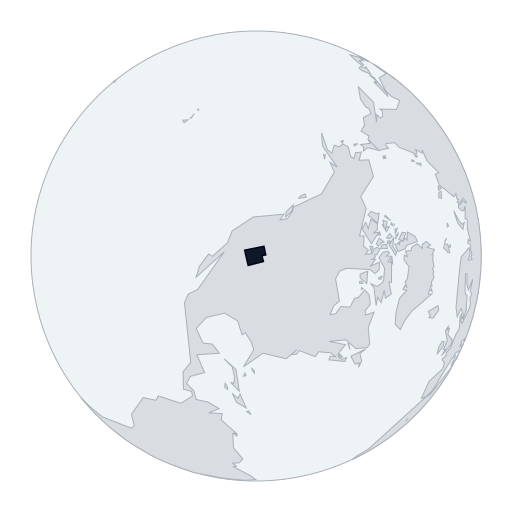 globe centered on Utah, rotated 77°
{"feature_id": "USA-3526", "entity_name": "Utah", "entity_type": "State", "adm_level": 1, "iso_a3": "USA", "parent_name": "United States of America", "parent_adm1": "", "projection": "orthographic", "projection_center": [-111.421, 39.5], "detail": "fine", "context": "on_globe", "style": "filled", "palette": "ink", "viewbox_px": 512, "rotation_deg": 77, "n_neighbors": 0, "source": "natural_earth", "source_scale": "10m", "svg_char_len": 11195}
<svg xmlns="http://www.w3.org/2000/svg" viewBox="0 0 512 512"><g transform="rotate(77 256 256)"><circle cx="256" cy="256" r="225" fill="#eef3f6" stroke="#a8b0b8"/><path d="M54.5,354.4L55.0,355.7L54.5,354.4ZM410.2,420.2L405.3,424.6L404.0,425.8L388.9,437.9L372.7,448.7L355.6,458.0L360.1,455.8L355.0,458.3L366.1,451.2L378.2,441.9L395.8,416.1L394.1,412.7L382.3,413.0L368.6,397.8L374.1,385.9L370.3,382.7L382.6,362.4L378.2,349.4L373.5,349.2L369.5,356.6L352.4,353.1L344.9,343.5L285.5,336.2L277.9,330.7L275.5,320.3L244.8,286.0L263.2,319.2L253.3,313.4L243.4,301.7L246.5,298.6L236.7,280.7L226.3,273.7L217.4,250.0L221.5,219.4L226.3,224.4L226.7,217.0L220.8,210.5L216.7,208.2L210.2,178.2L192.0,160.8L181.3,162.8L187.6,156.9L163.8,166.5L150.8,164.4L168.7,162.4L172.9,158.9L165.6,154.9L168.3,150.5L166.4,146.2L170.3,141.6L180.4,141.3L183.2,138.5L177.8,135.9L178.4,130.0L185.9,134.1L187.7,124.5L204.9,123.6L221.6,140.6L234.4,138.0L259.8,150.6L260.7,146.2L270.8,148.9L275.6,145.0L278.9,149.0L279.8,142.5L275.8,139.7L274.8,136.1L277.2,133.7L282.0,138.1L281.5,140.0L284.1,140.1L285.4,143.4L286.2,140.4L291.6,146.5L289.8,137.1L297.2,139.1L299.9,144.1L294.8,147.9L288.4,170.7L289.5,177.9L296.1,183.6L318.7,184.9L321.9,191.4L329.8,197.0L330.2,191.2L324.3,184.8L327.0,175.8L319.4,169.6L319.4,165.3L313.5,157.7L319.6,154.4L328.7,155.5L333.9,161.9L338.1,162.8L337.3,153.5L351.1,162.8L367.3,165.0L370.3,168.2L368.6,179.6L357.9,187.2L355.7,204.0L362.5,188.9L369.9,198.1L373.3,198.1L376.0,195.5L375.2,190.5L378.8,193.0L373.6,208.3L370.2,206.2L371.9,201.2L367.0,205.2L363.4,216.5L367.5,220.8L357.9,235.0L360.7,238.4L360.1,243.8L356.4,237.2L362.9,249.6L352.3,271.1L361.1,293.1L346.8,279.2L338.2,280.0L328.4,283.7L329.7,287.3L315.1,288.5L304.6,299.5L304.8,318.4L313.1,330.6L329.0,327.2L331.9,318.5L342.5,313.6L338.9,335.8L358.1,332.3L358.5,347.1L364.6,352.4L373.2,347.0L382.4,346.5L387.5,335.6L396.4,326.3L398.2,337.4L401.9,324.3L407.7,326.8L424.4,315.0L423.5,318.5L437.9,321.1L450.8,314.5L453.8,319.2L452.5,325.4L456.4,322.2L456.4,325.2L469.3,310.3L473.8,306.6L472.2,316.7L465.6,336.7L453.0,365.4L439.3,386.6L431.4,397.4L426.5,403.2L410.2,420.2ZM107.2,296.7L108.0,291.8L110.1,296.1L107.2,296.7ZM106.8,287.9L106.9,289.8L106.5,288.1L106.8,287.9ZM105.4,286.2L106.4,287.5L105.1,286.5L105.4,286.2ZM103.2,284.4L104.5,285.1L104.3,285.2L103.2,284.4ZM362.1,301.0L383.9,302.7L373.5,309.1L375.1,306.3L369.2,304.1L358.8,304.1L349.1,310.2L362.1,301.0ZM100.5,280.1L99.9,278.9L101.1,279.1L100.5,280.1ZM367.5,285.0L363.9,285.6L367.2,284.0L367.5,285.0ZM214.5,208.0L220.4,211.0L224.7,218.6L219.5,216.6L214.5,208.0ZM206.6,194.1L210.1,193.9L209.3,201.4L207.5,199.1L206.6,194.1ZM173.0,165.6L177.2,167.5L172.2,167.2L173.0,165.6ZM165.4,146.5L163.3,147.5L163.2,144.9L165.4,146.5ZM310.5,160.1L312.0,158.9L312.3,160.9L310.5,160.1ZM306.6,158.0L306.0,161.2L304.0,160.7L304.4,158.8L306.6,158.0ZM169.1,135.5L169.5,131.4L170.8,135.5L169.1,135.5ZM307.8,154.3L300.6,159.5L297.1,158.6L295.9,150.6L307.8,154.3ZM170.9,129.0L171.9,119.5L167.3,120.6L180.7,112.5L175.5,123.0L177.8,127.7L174.0,126.7L170.9,129.0ZM273.5,139.9L277.8,142.8L272.0,142.7L273.5,139.9ZM269.9,140.8L253.3,146.6L248.0,141.5L254.7,140.4L246.1,136.0L251.7,130.5L257.7,131.8L260.0,136.0L260.4,130.8L269.9,140.8ZM188.0,109.9L189.7,107.7L189.8,110.0L188.0,109.9ZM274.0,134.6L271.1,136.1L266.3,131.7L271.3,128.0L271.2,130.6L274.0,134.6ZM241.1,137.7L238.4,134.0L242.3,128.5L241.8,126.4L251.4,130.0L241.1,137.7ZM273.5,130.3L273.9,126.3L278.4,126.2L276.5,132.9L273.5,130.3ZM263.0,132.2L261.0,130.0L263.7,130.0L263.0,132.2ZM294.3,124.5L290.9,126.0L288.2,123.8L294.3,124.5ZM273.8,124.8L272.2,124.8L270.8,124.2L271.9,121.6L273.8,124.8ZM253.5,126.0L255.6,124.7L249.7,124.2L252.3,120.4L258.3,123.6L256.9,120.6L257.7,119.5L261.6,123.5L253.5,126.0ZM268.7,117.3L277.2,120.6L284.0,118.1L286.7,119.9L275.2,123.7L268.7,117.3ZM264.2,120.5L267.6,118.9L269.2,121.8L267.8,124.7L264.2,120.5ZM252.0,116.7L246.4,121.8L245.3,120.9L252.0,116.7ZM270.4,116.0L268.3,115.2L270.7,115.4L270.4,116.0ZM257.3,115.8L255.5,117.6L254.2,116.6L257.3,115.8ZM265.6,112.4L268.4,113.4L267.6,115.3L265.6,112.4ZM261.6,113.5L260.3,111.6L265.6,115.4L260.9,114.4L261.6,113.5ZM256.4,114.5L255.1,114.5L257.4,113.9L256.4,114.5ZM267.2,104.8L274.0,109.1L272.2,113.2L265.8,108.4L267.2,104.8ZM476.2,208.3L473.4,202.6L469.2,189.4L464.4,180.9L432.2,123.4L429.9,117.3L409.6,92.0L407.9,90.0L415.2,96.6L414.0,95.4L425.2,107.3L435.5,119.9L444.9,133.3L453.3,147.3L460.7,161.9L467.0,177.0L472.1,192.5L476.2,208.3ZM335.9,45.4L331.2,43.7L342.2,47.9L341.4,47.5L348.3,50.5L349.4,51.0L346.3,49.6L351.0,51.9L364.6,58.6L378.8,67.1L379.6,67.6L386.4,72.3L386.1,72.2L383.0,70.2L385.5,74.8L390.1,77.5L388.1,73.6L390.6,75.7L396.8,80.2L394.0,78.4L395.0,82.8L405.7,93.8L426.6,114.2L431.3,121.9L431.9,126.8L417.1,115.6L408.2,99.9L402.8,96.5L398.4,98.0L396.0,93.4L393.1,92.4L389.2,87.0L377.5,79.1L372.5,74.2L362.0,71.2L358.0,68.5L365.4,70.9L367.8,70.3L354.8,59.8L350.5,57.8L344.7,56.9L341.9,54.5L337.9,55.0L327.5,50.1L336.9,56.8L330.4,56.8L320.9,54.3L320.4,55.8L335.9,59.9L340.5,60.6L341.8,59.2L355.9,63.3L361.7,67.0L353.3,67.9L360.5,73.6L350.8,72.6L315.0,60.7L303.1,56.3L295.9,46.7L302.1,46.8L307.8,50.1L308.0,46.2L305.3,46.9L303.0,45.2L296.1,45.4L294.1,44.3L290.9,46.8L287.7,45.4L289.8,43.8L276.8,43.9L268.5,42.1L266.6,42.7L266.8,43.9L256.1,41.3L255.1,41.9L258.3,43.0L258.4,45.1L254.4,47.9L250.9,46.8L251.9,45.6L248.6,41.8L251.7,39.3L249.9,39.2L246.4,41.2L250.3,45.8L249.0,47.9L246.1,45.6L247.1,46.6L245.3,47.3L240.2,47.2L242.9,49.7L227.9,61.4L216.7,62.9L215.9,59.2L201.7,68.0L190.1,70.2L193.1,71.0L188.3,76.6L191.8,75.9L192.9,76.8L182.2,92.1L176.9,95.3L175.6,104.0L177.2,104.6L180.9,102.6L180.7,112.5L167.3,120.6L164.6,118.8L158.0,125.6L152.7,120.7L145.3,120.3L143.3,111.9L137.6,112.7L135.7,115.4L126.6,118.9L114.3,118.1L132.7,106.9L152.7,108.5L145.3,106.5L149.5,103.7L148.3,101.1L142.9,100.3L140.7,102.2L144.8,86.1L136.7,81.1L131.1,88.2L124.2,92.6L110.1,95.9L107.6,88.0L98.4,96.1L95.5,98.4L98.5,95.0L102.7,91.4L108.8,85.9L110.7,84.7L116.9,78.9L120.0,77.0L123.3,74.0L119.5,76.8L132.8,67.4L146.8,59.0L161.3,51.6L176.4,45.3L191.8,40.1L207.6,36.0L223.6,33.1L239.8,31.3L256.1,30.7L272.4,31.3L288.6,33.1L304.7,36.0L320.4,40.1L335.9,45.4ZM117.3,78.4L111.7,83.1L112.3,82.5L117.3,78.4ZM448.5,144.5L450.6,147.3L448.5,144.5ZM424.9,314.5L427.1,315.2L424.6,317.2L424.9,314.5ZM373.0,314.7L377.2,313.2L379.6,314.0L376.7,316.0L373.0,314.7ZM405.2,298.0L409.5,296.5L405.5,300.1L405.2,298.0ZM387.1,302.6L401.9,299.7L394.1,308.0L384.6,310.0L390.6,305.7L387.1,302.6ZM367.6,293.0L370.4,292.7L370.3,295.3L367.6,293.0ZM369.9,283.9L368.9,284.5L367.1,283.2L369.9,283.9ZM370.2,197.2L370.7,196.1L373.9,194.3L373.4,197.0L370.2,197.2ZM382.0,176.6L387.6,181.2L383.3,179.5L383.7,183.8L375.0,186.2L371.3,170.0L374.5,176.7L382.0,176.6ZM362.4,185.5L368.3,185.4L362.0,186.2L362.4,185.5ZM381.0,93.8L381.7,91.8L386.3,94.1L392.5,101.8L386.0,98.4L381.0,93.8ZM381.6,88.7L371.5,88.3L367.3,84.0L371.4,86.4L369.5,83.6L375.7,86.8L381.5,83.6L385.8,85.5L395.0,97.8L389.6,92.5L389.2,94.5L381.6,88.7ZM353.3,99.6L348.9,100.7L345.3,89.8L349.9,90.1L356.4,97.4L354.9,101.3L353.3,99.6ZM307.0,139.8L305.6,141.9L304.3,140.5L304.4,137.6L307.0,139.8ZM293.0,125.4L312.1,129.9L311.4,132.3L323.4,132.7L326.2,139.4L318.3,138.8L329.5,144.5L323.5,146.7L331.3,150.1L313.4,148.1L308.5,150.7L312.9,145.1L310.5,138.8L307.9,136.9L297.0,133.5L285.2,136.5L280.9,131.2L281.0,126.7L283.1,125.1L285.3,129.0L286.7,124.1L291.4,128.6L293.0,125.4ZM284.5,83.4L286.1,87.3L289.7,80.7L294.4,84.1L294.5,83.2L299.9,84.7L306.7,85.0L308.1,87.0L310.1,86.3L313.7,87.5L316.9,87.3L320.7,91.0L324.9,91.2L324.3,92.9L330.6,92.2L327.6,94.5L331.9,96.6L332.6,93.3L344.8,116.7L352.3,125.5L360.2,132.0L353.9,135.7L342.5,132.3L329.6,125.7L323.3,116.9L321.6,120.4L318.1,117.4L320.9,115.9L314.5,116.5L312.4,113.7L300.9,109.3L293.0,112.6L288.6,111.3L290.6,108.6L284.8,109.3L285.7,103.6L282.6,102.6L280.3,96.3L286.1,92.2L282.1,91.5L280.2,87.0L284.5,83.4ZM266.8,102.9L272.6,96.6L278.0,95.5L279.6,107.1L282.4,108.7L283.6,116.6L275.7,118.1L276.1,115.6L274.6,113.6L277.6,113.9L274.1,112.2L274.5,108.9L271.8,106.8L274.4,105.2L266.8,102.9ZM402.9,85.7L401.1,83.9L397.4,80.8L401.3,83.9L402.9,85.7ZM404.0,88.6L401.8,86.6L405.5,88.8L407.5,90.9L404.0,88.6ZM397.5,83.8L401.4,86.3L400.5,86.1L397.5,83.8ZM363.1,69.2L360.4,67.3L361.4,67.2L364.3,68.4L363.1,69.2ZM296.2,66.4L296.2,68.3L294.7,68.2L290.4,71.4L286.5,69.4L287.6,66.7L296.2,66.4ZM291.3,64.7L290.0,66.2L288.8,64.3L291.3,64.7ZM283.4,68.2L281.6,66.2L285.5,69.5L283.4,68.2ZM256.4,53.1L266.7,50.5L271.5,48.1L270.2,45.5L276.5,48.4L269.0,52.1L256.4,53.1ZM231.8,60.3L233.0,63.1L229.6,63.1L228.8,62.4L231.8,60.3ZM234.6,61.1L241.5,62.4L240.2,64.8L235.1,63.3L234.6,61.1ZM266.7,62.3L270.0,61.6L270.8,63.1L266.7,62.3ZM52.8,352.7L54.8,356.7L53.4,354.1L52.8,352.7ZM55.0,355.7L53.2,352.8L54.5,354.4L55.0,355.7ZM85.0,110.0L87.8,107.2L85.6,110.3L84.3,111.3L85.0,110.0ZM81.1,119.1L85.9,110.3L90.3,104.0L87.3,107.3L85.4,109.0L91.6,102.2L91.0,104.1L87.1,109.6L89.7,108.2L88.8,111.5L93.9,108.1L94.5,109.3L88.7,114.3L81.1,119.1ZM96.3,106.4L104.8,103.2L99.3,110.9L96.2,113.3L94.6,111.4L97.6,107.4L96.3,106.4ZM105.3,104.8L108.3,101.1L127.2,91.7L129.8,91.8L112.5,102.2L114.4,99.4L110.7,100.6L105.3,104.8ZM187.5,107.5L189.5,107.7L187.1,109.0L187.5,107.5ZM194.9,76.3L196.0,77.7L193.1,78.9L194.9,76.3ZM197.2,82.4L199.7,80.0L198.6,83.0L197.2,82.4ZM205.0,74.9L201.4,79.3L202.7,74.5L205.0,74.9Z" fill="#d9dde1" stroke="#a8b0b8" stroke-width="1"/><path d="M257.1,246.2L257.1,246.4L257.1,246.7L257.1,246.9L257.1,247.2L257.1,247.4L257.1,247.6L257.1,247.9L257.1,248.1L257.1,248.4L257.1,248.6L257.1,248.9L257.1,249.1L257.1,249.4L257.1,249.6L257.1,249.9L257.1,250.1L257.5,250.1L257.8,250.1L258.2,250.1L258.6,250.1L259.0,250.1L259.3,250.1L259.7,250.1L260.1,250.1L260.4,250.1L260.8,250.1L261.2,250.1L261.6,250.0L261.9,250.0L262.3,250.0L262.7,250.0L263.0,250.0L263.1,250.5L263.1,251.0L263.1,251.5L263.1,252.0L263.1,252.5L263.1,253.0L263.1,253.4L263.2,253.9L263.2,254.4L263.2,254.9L263.2,255.4L263.2,255.9L263.2,256.4L263.2,256.9L263.2,257.4L263.3,257.9L263.3,258.4L263.3,258.9L263.3,259.3L263.3,259.8L263.3,260.3L263.3,260.8L263.3,261.3L263.4,261.8L263.4,262.3L263.4,262.8L263.4,263.3L263.4,263.8L263.4,264.3L263.4,264.7L263.4,265.2L263.5,265.7L263.0,265.7L262.5,265.8L262.0,265.8L261.5,265.8L261.0,265.8L260.5,265.8L260.0,265.8L259.5,265.8L259.0,265.8L258.6,265.8L258.1,265.8L257.6,265.8L257.1,265.8L256.6,265.8L256.1,265.8L255.6,265.8L255.1,265.8L254.6,265.8L254.1,265.8L253.7,265.8L253.2,265.8L252.7,265.8L252.2,265.8L251.7,265.8L251.2,265.8L250.7,265.8L250.2,265.8L249.7,265.7L249.2,265.7L248.8,265.7L248.3,265.7L247.8,265.7L247.8,265.1L247.8,264.5L247.8,263.9L247.8,263.2L247.9,262.6L247.9,262.0L247.9,261.4L247.9,260.8L247.9,260.2L247.9,259.6L248.0,258.9L248.0,258.3L248.0,257.7L248.0,257.1L248.0,256.5L248.1,255.9L248.1,255.3L248.1,254.7L248.1,254.0L248.1,253.4L248.1,252.8L248.2,252.2L248.2,251.6L248.2,251.0L248.2,250.4L248.2,249.7L248.3,249.1L248.3,248.5L248.3,247.9L248.3,247.3L248.3,246.7L248.3,246.1L248.9,246.1L249.4,246.1L250.0,246.1L250.5,246.1L251.1,246.1L251.6,246.1L252.2,246.1L252.7,246.2L253.3,246.2L253.8,246.2L254.4,246.2L254.9,246.2L255.4,246.2L256.0,246.2L256.5,246.2L257.1,246.2Z" fill="#0f172a" stroke="#020617" stroke-width="1.5"/></g></svg>